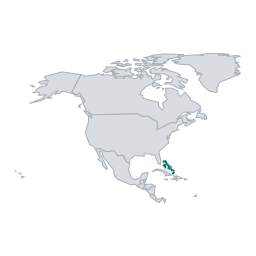 location of The Bahamas within North America
{"feature_id": "BHS", "entity_name": "The Bahamas", "entity_type": "country or territory", "adm_level": 0, "iso_a3": "BHS", "parent_name": "North America", "parent_adm1": "", "projection": "robinson", "projection_center": [-76.093, 23.939], "detail": "medium", "context": "in_parent", "style": "filled", "palette": "teal", "viewbox_px": 256, "rotation_deg": 0, "n_neighbors": 17, "source": "natural_earth", "source_scale": "50m", "svg_char_len": 10011}
<svg xmlns="http://www.w3.org/2000/svg" viewBox="0 0 256 256"><path d="M92.0,114.7L88.2,111.8L85.5,111.0L85.8,108.0L82.9,104.0L84.8,100.8L79.5,93.2L75.8,94.9L71.7,92.2L80.9,74.7L86.1,76.2L96.9,74.6L98.8,73.4L101.2,75.1L103.5,73.9L103.1,75.3L107.2,74.6L115.0,76.2L116.5,77.1L114.3,78.0L116.7,78.4L121.7,77.8L122.9,78.9L124.6,78.0L123.4,77.2L124.5,76.6L127.3,76.4L133.2,78.5L137.4,78.2L137.5,77.1L138.7,76.8L140.7,77.4L140.4,79.1L143.5,75.9L140.8,74.0L141.3,72.2L143.1,70.9L146.0,71.9L147.5,73.9L146.2,74.7L148.6,75.1L148.4,77.0L150.4,75.5L151.9,76.7L151.3,78.0L152.5,79.3L155.2,76.4L155.5,74.4L159.3,74.8L161.1,75.7L160.1,77.6L160.8,79.4L154.6,80.4L152.2,83.7L147.1,85.9L141.3,91.0L140.2,94.8L142.3,95.1L143.3,98.5L158.5,102.3L158.6,106.0L162.0,110.2L164.1,107.5L162.3,103.2L167.4,99.5L164.5,95.1L166.3,93.0L165.2,88.3L171.4,88.1L177.7,90.7L178.4,94.8L180.9,96.2L185.2,92.1L190.6,98.7L190.1,99.9L197.4,103.3L200.2,106.1L200.6,108.3L194.1,112.2L183.8,112.2L176.4,119.2L186.1,114.2L187.6,115.2L186.1,116.6L187.4,120.4L189.6,121.4L192.3,121.1L193.8,118.8L195.2,121.1L186.2,126.0L184.9,125.8L184.8,124.1L187.6,122.4L183.1,122.7L181.8,118.7L179.4,117.9L175.8,122.9L170.2,123.0L157.3,129.9L156.1,129.3L157.9,125.9L157.3,122.2L148.0,116.2L142.6,116.5L137.7,113.9L92.0,114.7ZM156.6,88.1L157.8,87.2L159.7,87.2L157.9,88.6L156.6,88.1ZM163.4,69.4L162.1,67.9L167.9,69.4L165.1,69.3L163.4,69.4ZM162.9,89.6L162.5,88.2L163.5,88.6L162.9,89.6ZM146.1,65.7L145.3,66.4L142.1,65.8L144.8,64.6L146.1,65.7ZM146.7,61.7L143.9,61.7L143.7,61.2L146.1,61.3L146.7,61.7ZM141.5,59.6L145.0,60.3L142.6,61.2L141.5,59.6ZM163.4,65.8L147.6,65.9L146.2,63.6L142.4,62.9L149.2,62.9L151.8,64.7L161.9,64.5L163.4,65.8ZM124.3,60.9L127.7,61.0L123.1,61.4L124.3,60.9ZM126.3,59.7L128.3,60.0L124.8,60.3L126.3,59.7ZM201.0,110.0L199.4,113.0L204.9,114.2L204.6,115.7L205.7,115.4L206.7,117.7L206.2,119.5L204.3,119.2L204.0,117.3L202.3,119.1L200.7,117.5L195.8,117.6L198.3,111.2L201.0,110.0ZM154.4,81.9L160.3,85.2L162.4,85.7L158.1,85.0L154.5,86.9L152.1,86.0L154.4,81.9ZM162.0,70.7L165.9,69.5L177.8,73.3L180.5,75.7L178.0,76.5L187.9,79.9L185.4,83.3L181.2,80.7L179.4,81.0L179.3,82.0L184.6,86.3L184.2,87.7L178.6,85.6L182.6,89.1L178.6,88.3L169.9,83.9L164.6,84.1L165.6,82.7L171.1,82.4L172.9,79.1L171.9,77.7L164.3,73.9L151.3,73.5L150.3,72.9L151.8,72.1L149.9,72.1L149.7,70.4L152.4,68.2L155.7,67.7L154.6,68.8L155.6,69.9L160.2,67.8L162.3,69.6L162.0,70.7ZM142.6,68.3L147.4,67.2L149.7,67.6L142.9,70.7L142.6,68.3ZM110.4,63.9L116.2,61.7L119.8,61.5L117.8,63.3L110.4,63.9ZM78.3,105.8L80.8,104.3L79.6,106.6L80.4,108.3L78.3,105.8ZM133.7,58.9L138.9,59.7L139.8,61.1L133.5,60.4L134.8,59.9L133.7,58.9ZM90.6,115.7L87.3,115.1L84.0,111.1L87.9,112.1L90.6,115.7ZM106.2,66.9L115.5,67.0L117.6,68.3L112.2,69.9L109.7,71.8L105.8,72.7L102.9,71.0L107.0,67.9L106.2,66.9ZM127.2,62.9L131.2,64.9L122.4,66.7L120.5,66.1L123.4,65.4L116.0,65.3L119.9,63.4L127.0,64.9L125.9,63.4L127.2,62.9ZM126.5,68.9L130.2,69.6L130.6,72.5L134.5,74.9L132.2,75.1L132.3,76.4L127.7,75.7L117.4,76.8L112.8,74.3L119.7,73.6L112.5,73.3L112.0,72.6L115.4,72.0L111.2,71.5L117.9,68.5L119.1,68.9L118.2,69.7L124.5,69.1L126.0,71.4L126.9,70.7L126.5,68.9ZM136.6,69.6L135.5,68.5L140.9,67.8L139.8,69.1L141.6,69.8L141.1,71.4L138.8,72.0L133.8,69.9L136.6,69.6ZM129.1,68.0L130.8,68.0L131.7,68.4L130.2,69.5L129.1,68.0ZM135.6,63.6L141.5,63.7L140.4,65.7L135.2,64.8L135.6,63.6ZM144.3,57.7L149.6,56.3L156.7,58.9L152.7,60.5L148.1,60.4L147.0,59.8L148.2,58.8L144.3,57.7ZM150.7,55.5L164.6,53.9L183.9,54.6L177.7,56.0L180.1,56.0L173.8,58.2L167.2,58.9L168.8,59.1L168.0,59.4L168.9,60.2L163.7,62.2L165.9,62.9L162.6,63.8L151.7,63.4L154.0,62.3L153.5,61.1L157.4,61.7L154.0,60.4L157.6,58.9L155.6,57.5L161.5,57.3L154.9,57.2L150.7,55.5ZM169.3,78.8L166.9,79.4L166.5,78.6L168.4,77.3L169.3,78.8ZM138.5,73.9L141.6,75.8L140.7,76.4L136.1,75.3L138.5,73.9ZM186.9,112.9L189.6,113.3L191.4,114.5L188.4,113.9L186.9,112.9ZM188.0,118.8L188.7,119.8L191.4,120.0L190.1,121.0L187.9,120.1L188.0,118.8Z" fill="#d9dde1" stroke="#a8b0b8" stroke-width="1"/><path d="M92.0,114.7L137.7,113.9L142.6,116.5L148.0,116.2L157.3,122.2L156.9,129.9L170.2,123.0L175.8,122.9L179.4,117.9L181.8,118.7L183.4,123.4L178.2,125.7L177.1,128.5L178.6,130.0L172.2,131.5L175.2,131.5L171.8,131.8L170.2,135.6L169.1,134.5L169.9,136.8L168.4,139.3L167.7,135.2L167.7,137.4L166.6,137.1L168.8,142.8L158.8,151.4L161.0,161.1L160.3,164.6L157.9,163.2L154.5,154.6L152.0,155.2L149.7,153.6L144.0,154.1L144.2,156.3L134.8,155.6L130.2,159.1L129.3,163.3L126.7,162.1L123.5,155.8L118.2,156.0L114.0,150.8L105.9,151.7L99.6,148.7L95.3,149.1L93.3,146.0L89.7,144.7L85.2,132.7L88.5,121.9L88.5,116.4L91.0,116.7L91.4,118.6L92.0,114.7ZM80.9,74.7L71.7,92.2L75.8,94.9L79.5,93.2L84.8,100.8L83.2,103.0L80.3,96.4L76.5,96.2L72.7,93.6L63.2,91.1L61.4,91.5L61.0,92.8L54.6,94.4L58.5,90.3L51.4,94.0L51.9,95.0L49.8,96.4L41.0,100.6L29.3,103.4L41.7,98.6L46.4,94.9L38.7,95.3L39.4,92.8L35.8,91.8L36.0,89.9L37.3,88.8L40.4,86.8L46.6,85.6L46.3,84.4L47.9,83.6L41.5,84.3L38.7,82.0L45.0,80.4L48.3,81.2L44.3,77.2L45.8,76.2L62.1,71.9L80.9,74.7ZM30.9,85.6L32.6,85.7L34.6,86.5L33.0,87.1L30.9,85.6ZM21.5,176.2L23.8,176.6L22.0,177.9L21.5,176.2ZM20.9,173.5L21.1,174.4L20.7,173.6L20.9,173.5ZM19.8,173.0L20.6,173.3L19.6,173.3L19.8,173.0ZM18.2,172.8L19.1,172.8L18.2,172.8ZM15.8,170.9L15.9,171.6L15.4,171.2L15.8,170.9ZM32.3,92.3L35.1,92.2L34.7,92.9L32.3,92.3ZM48.4,97.7L52.4,97.5L48.1,98.6L48.4,97.7Z" fill="#d9dde1" stroke="#a8b0b8" stroke-width="1"/><path d="M176.1,176.2L176.2,179.7L171.1,179.1L175.0,178.4L173.4,175.8L176.1,176.2Z" fill="#d9dde1" stroke="#a8b0b8" stroke-width="1"/><path d="M176.7,180.7L176.4,175.8L182.4,178.5L178.1,178.9L176.7,180.7Z" fill="#d9dde1" stroke="#a8b0b8" stroke-width="1"/><path d="M200.7,54.6L209.1,53.4L221.7,53.5L229.4,54.5L217.6,55.1L229.0,55.7L228.3,56.4L235.9,55.5L240.6,56.2L232.9,57.6L235.6,57.7L234.8,59.8L236.1,61.5L238.3,62.6L234.7,63.1L237.6,63.9L238.8,65.3L237.5,65.4L240.0,66.9L235.6,68.5L238.2,70.5L234.9,70.2L239.1,71.7L240.3,73.1L238.1,73.4L234.6,71.7L235.7,72.9L234.6,73.8L240.0,74.0L219.3,82.4L218.3,86.1L216.4,87.6L217.4,89.1L216.8,92.5L209.2,91.1L203.3,85.9L198.7,79.3L202.0,74.3L196.9,74.9L196.9,72.8L201.0,73.2L194.7,71.4L195.8,69.8L189.9,64.9L177.5,64.0L173.8,62.5L179.4,62.0L171.5,60.9L180.3,58.8L180.6,58.2L177.5,57.7L183.8,56.2L183.3,55.6L196.8,54.8L203.7,55.8L200.7,54.6Z" fill="#d9dde1" stroke="#a8b0b8" stroke-width="1"/><path d="M95.3,149.1L99.6,148.7L105.9,151.7L114.0,150.8L118.2,156.0L122.3,154.9L126.7,162.1L130.0,163.2L128.4,170.4L131.8,178.1L134.4,179.5L140.0,178.0L142.2,173.5L148.1,172.3L146.5,179.3L140.7,180.2L139.9,181.4L141.6,183.9L139.3,183.9L138.3,187.1L135.3,184.2L130.4,184.8L117.8,179.2L114.3,175.7L113.6,169.7L103.2,156.7L102.0,152.0L98.9,151.5L107.5,168.5L106.6,169.6L102.6,165.6L102.6,162.9L97.9,159.3L99.7,157.5L95.3,149.1Z" fill="#d9dde1" stroke="#a8b0b8" stroke-width="1"/><path d="M165.8,199.5L164.8,202.6L162.5,198.8L159.2,202.6L155.6,200.8L155.4,197.8L158.2,199.3L162.7,197.7L165.8,199.5Z" fill="#d9dde1" stroke="#a8b0b8" stroke-width="1"/><path d="M156.1,197.6L155.3,200.5L150.4,196.8L149.9,194.8L154.1,194.7L156.1,197.6Z" fill="#d9dde1" stroke="#a8b0b8" stroke-width="1"/><path d="M154.1,194.7L150.3,194.4L146.7,190.6L151.8,186.6L155.1,186.2L154.1,194.7Z" fill="#d9dde1" stroke="#a8b0b8" stroke-width="1"/><path d="M155.1,186.2L151.8,186.6L147.3,190.4L143.6,187.4L146.3,184.3L151.7,184.0L155.1,186.2Z" fill="#d9dde1" stroke="#a8b0b8" stroke-width="1"/><path d="M143.6,187.4L146.6,188.7L146.3,190.1L142.2,188.8L143.6,187.4Z" fill="#d9dde1" stroke="#a8b0b8" stroke-width="1"/><path d="M138.3,187.1L139.3,183.9L141.6,183.9L139.9,181.4L140.7,180.2L144.1,180.2L143.9,184.3L145.7,184.6L143.6,187.4L142.2,188.8L138.3,187.1Z" fill="#d9dde1" stroke="#a8b0b8" stroke-width="1"/><path d="M144.1,180.2L146.1,179.1L144.4,184.3L143.9,184.3L144.1,180.2Z" fill="#d9dde1" stroke="#a8b0b8" stroke-width="1"/><path d="M184.6,178.7L187.4,179.3L184.5,179.9L184.6,178.7Z" fill="#d9dde1" stroke="#a8b0b8" stroke-width="1"/><path d="M164.0,179.3L166.6,179.0L167.9,180.1L164.0,179.3Z" fill="#d9dde1" stroke="#a8b0b8" stroke-width="1"/><path d="M156.9,168.9L164.0,170.3L171.6,175.0L165.1,175.9L166.3,174.7L163.3,172.2L157.7,170.0L151.9,171.6L156.9,168.9Z" fill="#d9dde1" stroke="#a8b0b8" stroke-width="1"/><path d="M194.4,196.5L196.3,194.9L196.3,196.5L194.4,196.5Z" fill="#d9dde1" stroke="#a8b0b8" stroke-width="1"/><path d="M165.1,165.7L165.1,166.2L164.6,166.5L164.4,166.3L164.4,166.1L164.2,166.1L163.9,165.8L164.0,165.8L164.1,165.6L164.3,165.2L164.3,164.6L164.7,164.9L164.7,165.0L165.1,165.7ZM165.3,166.6L165.1,166.8L165.4,166.7L165.4,166.9L165.5,167.4L165.4,167.7L165.1,167.7L165.1,167.4L164.9,167.1L164.7,166.7L165.2,166.5L165.3,166.6ZM173.7,173.1L173.5,173.5L172.6,173.6L172.5,173.3L172.7,173.2L172.8,173.1L173.3,173.2L173.5,173.0L173.7,172.8L173.8,172.8L173.7,173.1ZM166.1,163.1L165.7,162.9L166.0,162.6L166.1,161.9L166.0,161.7L165.9,161.6L165.6,161.1L164.8,161.0L164.9,160.9L165.5,161.0L166.0,161.5L166.4,161.8L166.4,162.2L166.2,162.4L166.1,163.0L166.1,163.1ZM163.6,161.2L164.0,161.4L164.8,161.4L164.8,161.5L164.3,161.6L163.3,161.9L162.9,161.5L163.2,161.7L163.5,161.5L163.6,161.2ZM167.0,163.8L167.4,164.2L167.7,164.3L168.1,164.7L168.0,165.8L167.7,165.4L167.9,165.4L168.0,165.0L168.0,164.8L167.6,164.4L167.4,164.3L167.2,164.1L166.9,164.1L167.0,163.8ZM170.4,169.3L170.4,169.5L170.2,169.1L169.7,168.9L169.9,168.8L169.9,168.7L169.5,168.0L169.5,167.8L169.9,168.6L170.0,168.9L170.4,169.3ZM172.0,170.6L171.4,171.0L171.5,170.9L172.1,170.3L172.0,170.0L172.0,169.9L172.2,170.2L172.0,170.6ZM169.5,166.7L169.6,166.8L169.2,166.9L169.4,166.6L168.8,165.8L168.8,165.7L169.2,166.2L169.5,166.7ZM173.5,170.4L174.1,170.6L174.2,170.8L174.0,170.6L173.5,170.6L173.5,170.4ZM171.4,169.6L171.9,169.9L171.8,170.0L171.4,169.9L171.4,169.6ZM166.0,164.9L165.6,165.0L165.7,164.9L165.9,164.9L166.0,164.9ZM168.9,168.3L168.7,168.3L168.4,168.0L168.2,168.0L168.3,167.8L168.9,168.3ZM171.1,167.0L170.9,167.2L171.0,166.9L171.1,167.0ZM173.9,172.4L173.7,172.5L173.7,172.4L173.8,172.3L173.9,172.4Z" fill="#14b8a6" stroke="#0f766e" stroke-width="1.5"/></svg>